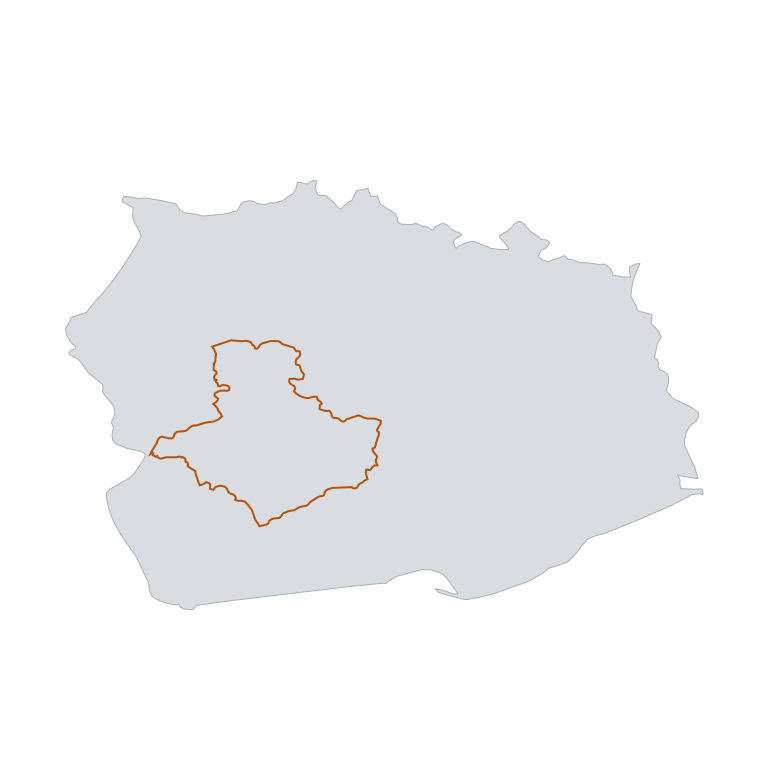 Poland, with Masovian highlighted, rotated 171°
{"feature_id": "POL-3148", "entity_name": "Masovian", "entity_type": "Voivodeship", "adm_level": 1, "iso_a3": "POL", "parent_name": "Poland", "parent_adm1": "", "projection": "equal_earth", "projection_center": [21.23, 52.228], "detail": "fine", "context": "in_parent", "style": "outline", "palette": "amber", "viewbox_px": 768, "rotation_deg": 171, "n_neighbors": 0, "source": "natural_earth", "source_scale": "10m", "svg_char_len": 7159}
<svg xmlns="http://www.w3.org/2000/svg" viewBox="0 0 768 768"><g transform="rotate(171 384 384)"><path d="M658.4,411.5L661.8,416.9L663.2,421.1L661.9,424.5L662.3,427.8L674.9,442.2L679.7,452.7L682.8,456.8L689.7,462.1L690.4,464.3L687.7,466.3L683.7,467.1L682.5,469.0L686.8,474.0L690.0,482.3L689.8,489.2L687.6,490.9L684.7,495.0L682.7,498.7L666.5,501.3L662.6,505.3L653.8,513.0L647.8,517.4L638.9,525.5L624.8,539.3L604.3,562.7L600.8,568.1L601.5,572.6L605.3,583.0L606.2,587.7L605.6,592.1L604.4,595.9L604.6,597.7L613.6,604.9L613.9,606.4L613.1,608.3L611.3,609.8L604.4,608.2L596.7,605.2L594.1,605.6L590.0,604.9L572.9,599.1L561.4,594.6L560.2,591.6L558.0,587.4L553.1,583.8L541.9,580.7L537.3,578.3L519.2,577.0L511.3,576.9L505.7,577.9L502.1,577.8L497.2,584.1L493.8,585.9L488.8,586.1L484.5,585.0L480.1,581.7L473.0,579.9L467.8,580.8L464.0,580.1L460.8,579.9L459.7,580.6L457.0,580.5L453.2,582.0L449.0,584.3L444.5,586.0L440.9,589.7L437.7,596.9L428.8,593.6L425.8,595.0L421.6,596.0L418.7,595.0L419.4,592.5L420.8,589.7L420.7,585.8L420.0,581.5L417.2,580.1L413.1,579.6L410.9,578.7L410.7,577.3L408.6,575.5L405.0,570.9L401.6,565.1L399.3,563.4L395.7,566.2L390.4,569.3L387.1,570.3L380.7,579.3L369.3,579.6L368.7,575.4L367.5,571.4L360.9,570.4L360.7,568.0L359.4,562.1L346.3,550.6L344.7,545.8L345.3,544.0L344.4,540.9L341.5,539.1L331.1,536.9L328.4,538.1L325.9,536.8L322.2,534.1L315.6,531.9L314.9,530.7L312.5,528.7L311.2,528.5L310.3,529.7L308.4,531.4L301.5,533.5L298.8,532.6L296.3,530.8L293.6,526.8L289.6,523.3L286.2,522.0L284.4,520.2L284.0,518.8L291.5,515.9L293.2,512.9L292.4,507.5L291.3,506.9L288.3,508.7L282.0,510.3L276.2,511.0L273.3,511.0L257.1,501.2L246.5,498.2L240.2,497.4L239.5,498.3L242.2,503.8L246.9,510.6L246.6,512.4L237.3,516.4L233.3,518.8L229.8,522.0L226.9,523.5L224.4,523.2L221.8,521.6L215.3,511.5L207.0,503.8L206.0,502.1L203.3,501.7L199.6,500.0L198.4,497.6L200.4,495.2L203.1,492.9L207.7,491.5L209.2,490.2L210.1,488.3L211.8,485.8L211.4,484.8L208.2,482.0L203.5,479.3L190.0,481.3L186.2,482.7L184.2,480.9L182.7,478.1L179.4,477.6L174.8,475.1L169.4,472.6L164.0,471.9L152.9,468.4L148.6,468.2L146.2,466.9L143.7,464.3L141.6,461.3L140.7,455.4L132.5,452.7L124.4,451.0L123.8,451.9L123.9,457.8L123.3,461.0L117.8,463.0L112.4,463.2L112.8,462.2L119.7,451.4L122.8,444.6L126.6,432.3L123.1,422.5L122.2,418.0L120.4,415.8L109.4,411.1L108.6,409.4L110.6,403.0L109.9,400.3L107.3,397.5L104.0,391.8L102.9,387.0L107.6,381.4L111.2,371.6L113.0,367.6L110.2,365.4L109.6,362.4L110.6,357.9L109.1,354.6L105.3,352.5L102.9,349.7L101.8,346.2L103.0,340.6L106.4,333.1L100.4,324.1L84.9,313.6L77.6,306.3L78.5,302.1L82.0,298.3L88.2,294.9L93.1,288.9L96.0,281.7L96.6,275.3L90.5,254.5L89.6,249.4L88.8,241.4L102.4,245.8L108.1,248.3L107.5,245.5L106.5,243.1L107.4,239.6L107.3,234.3L94.8,231.6L86.5,230.7L85.8,227.1L86.7,224.7L88.9,226.1L97.1,226.7L117.5,219.6L152.5,210.5L189.8,201.9L198.5,201.0L207.2,199.1L210.5,195.9L213.8,193.8L219.0,188.2L230.4,179.4L250.1,176.2L257.5,172.1L273.0,166.3L308.1,159.8L322.7,158.4L337.0,158.2L349.6,163.3L363.0,169.7L365.4,173.5L358.1,171.1L347.6,165.4L343.7,165.2L352.4,182.5L357.3,188.6L367.2,193.2L375.6,194.8L401.7,192.0L410.9,188.3L413.6,186.5L416.0,187.4L450.0,189.4L568.2,193.9L602.2,194.7L604.2,194.2L607.7,191.2L611.9,191.6L616.9,193.4L619.3,194.8L620.3,196.3L620.9,198.1L623.7,198.5L628.7,199.8L635.5,202.9L640.8,205.9L646.0,210.2L647.7,215.0L647.9,220.5L647.6,224.1L655.4,251.3L667.4,276.2L671.9,288.4L673.7,294.8L675.3,304.2L675.8,310.8L675.8,314.5L675.1,319.7L671.7,322.7L649.4,331.4L645.3,334.1L638.8,340.9L632.8,347.8L631.4,350.2L631.0,351.8L632.4,354.1L640.5,357.8L648.6,360.9L651.3,363.1L657.2,366.0L659.5,368.6L660.7,370.9L660.7,376.1L658.1,383.3L659.3,388.8L656.6,392.5L654.5,396.5L654.2,403.6L658.4,411.5Z" fill="#d9dde1" stroke="#a8b0b8" stroke-width="1"/><path d="M529.4,263.1L530.2,265.8L531.6,268.2L532.6,271.2L534.1,280.0L537.6,286.4L539.8,289.7L543.0,291.0L546.4,291.4L549.2,293.0L548.2,294.4L548.5,296.3L550.1,298.4L552.4,299.4L553.9,300.6L554.8,302.5L555.6,305.3L557.3,307.5L561.6,309.2L566.3,308.7L569.3,306.2L572.3,307.9L571.3,312.1L572.9,313.8L574.8,314.8L578.2,313.5L581.8,312.7L582.8,316.3L583.2,320.3L583.9,323.0L584.2,325.9L584.0,327.6L587.4,330.4L588.7,331.7L590.1,332.6L590.5,333.1L590.7,333.8L590.5,334.5L590.2,335.1L590.1,335.7L590.4,336.7L590.7,337.4L591.2,337.7L592.1,337.9L592.2,338.2L591.9,340.8L592.3,341.6L593.4,342.7L594.6,343.5L595.7,343.1L596.4,344.0L597.9,344.3L601.1,344.2L610.7,345.7L615.5,345.2L617.3,345.6L618.7,346.7L619.3,348.4L620.6,347.9L621.7,348.4L623.5,350.0L623.2,350.4L622.9,351.2L622.7,351.6L623.7,352.1L624.7,351.8L625.6,351.4L623.7,354.2L617.9,360.9L616.2,364.1L614.2,366.1L611.8,366.8L604.6,363.9L602.1,363.4L600.9,364.0L599.9,364.9L599.5,365.8L599.3,367.0L595.9,369.2L589.1,368.7L586.7,368.9L580.9,372.3L578.7,372.8L575.6,372.4L567.2,373.7L558.3,373.6L553.6,374.7L549.2,377.2L549.6,379.2L550.6,381.4L551.9,383.4L552.1,385.5L553.6,388.3L555.8,390.9L552.4,392.5L550.0,395.2L553.2,398.9L552.8,400.7L551.2,401.8L546.9,403.0L542.4,402.5L540.1,401.8L537.9,402.3L537.3,404.2L537.4,405.0L538.1,406.1L539.1,406.9L540.8,407.6L544.0,408.1L545.1,408.0L546.6,407.5L547.2,407.5L548.1,408.0L548.3,408.7L548.3,409.6L548.4,410.7L549.6,412.1L549.8,413.0L548.8,413.9L548.8,414.5L550.7,414.6L550.7,417.8L549.2,419.5L547.8,420.4L547.6,422.3L550.1,424.6L549.7,426.9L549.0,429.2L549.1,430.9L548.4,431.0L547.9,431.4L547.1,432.6L546.0,437.5L545.5,438.6L545.3,439.3L545.2,440.2L545.3,440.8L545.9,442.2L546.4,444.8L547.9,447.8L528.1,451.1L517.8,448.5L513.0,448.2L508.8,446.0L508.4,444.8L508.1,443.5L506.2,441.8L505.7,439.2L503.9,438.7L501.9,440.1L500.1,442.2L498.0,443.1L489.4,444.2L481.9,442.9L480.3,442.0L479.0,440.3L477.6,439.0L467.4,434.0L465.6,430.3L462.2,429.4L462.0,427.1L462.8,424.9L466.7,422.0L467.8,419.8L467.8,417.3L467.0,416.6L464.7,415.7L464.3,414.5L464.0,412.0L463.5,409.6L461.6,406.1L463.3,401.7L468.1,401.7L471.8,403.3L476.3,403.8L477.1,402.5L477.2,400.6L476.3,398.7L473.0,395.9L472.4,393.7L472.7,392.7L473.4,392.0L473.9,391.1L473.5,389.8L469.9,386.0L465.5,383.3L461.4,381.9L454.8,382.5L452.6,381.9L452.1,380.6L452.2,379.2L450.8,377.5L449.1,376.0L448.6,374.3L450.7,373.4L451.4,369.5L450.5,368.7L448.1,367.4L443.9,366.1L443.0,366.3L442.1,365.9L440.8,363.8L440.7,361.1L439.9,359.1L438.2,358.2L436.0,357.7L434.1,356.9L432.7,354.9L431.0,353.3L428.7,353.4L426.7,355.0L414.0,357.0L408.3,353.5L405.2,352.3L398.7,351.3L392.8,348.1L393.3,346.8L393.5,345.5L398.1,339.8L397.9,338.3L396.7,337.3L397.0,334.4L398.7,331.8L402.9,322.7L405.5,322.1L405.5,319.6L403.8,316.3L402.8,314.9L402.1,313.3L402.7,311.7L403.9,310.7L404.2,307.9L403.3,304.7L406.3,305.0L408.9,303.4L410.0,302.1L411.4,301.1L412.5,301.5L413.7,302.1L414.8,302.2L415.4,300.9L415.8,299.4L415.9,297.9L415.5,295.7L415.4,294.2L415.1,292.7L418.2,291.6L421.2,289.8L423.3,289.4L425.1,288.3L426.7,286.0L429.1,285.4L430.1,285.6L431.1,286.1L431.5,286.7L432.0,287.2L451.2,289.4L455.8,288.8L457.7,288.1L459.3,286.7L460.3,284.1L462.2,283.0L464.5,283.2L466.8,282.7L475.3,279.0L477.3,277.2L479.5,275.9L483.9,275.9L487.8,275.3L492.2,273.4L498.1,273.4L503.5,272.1L508.2,268.0L513.6,268.4L516.3,268.0L518.8,266.7L520.5,264.1L522.0,263.5L529.4,263.1Z" fill="none" stroke="#b45309" stroke-width="2"/></g></svg>